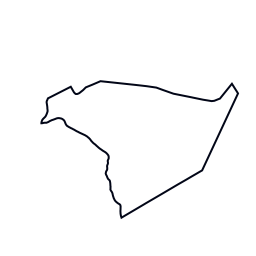 Majzar, Ma'rib, Yemen, rotated 115°
{"feature_id": "15242507B39058401263822", "entity_name": "Majzar", "entity_type": "district", "adm_level": 2, "iso_a3": "YEM", "parent_name": "Yemen", "parent_adm1": "Ma'rib", "projection": "orthographic", "projection_center": [44.889, 15.793], "detail": "fine", "context": "isolated", "style": "outline", "palette": "ink", "viewbox_px": 256, "rotation_deg": 115, "n_neighbors": 0, "source": "geoboundaries", "source_scale": "gbopen_adm2", "svg_char_len": 2990}
<svg xmlns="http://www.w3.org/2000/svg" viewBox="0 0 256 256"><g transform="rotate(115 128 128)"><path d="M138.1,45.0L135.1,42.9L94.9,42.9L93.5,42.9L92.7,42.9L91.4,42.9L91.0,42.9L55.0,42.9L52.3,42.9L50.2,42.9L49.7,43.6L48.6,45.3L48.3,45.8L44.0,52.5L49.6,53.9L62.5,57.1L63.7,58.3L66.9,61.3L68.3,63.6L69.4,67.6L70.6,71.8L73.1,82.3L73.2,82.8L77.7,101.3L78.8,112.5L79.4,119.4L82.2,128.7L84.4,135.3L86.3,140.9L97.2,172.7L103.7,178.5L109.0,183.4L112.6,184.7L117.0,186.9L118.5,188.2L119.0,189.2L119.3,189.9L118.6,191.9L114.8,197.3L135.0,213.1L135.9,213.0L136.9,213.0L137.8,213.0L138.7,212.8L139.5,212.4L140.3,211.8L141.1,211.3L141.8,210.8L142.6,210.3L143.4,209.8L144.1,209.5L144.9,209.0L145.7,208.5L146.7,208.0L147.7,207.8L148.7,207.7L149.8,207.6L150.6,207.6L151.7,207.6L152.6,207.7L153.5,208.0L154.3,208.3L155.1,208.6L156.0,208.9L157.1,209.1L158.3,209.0L159.1,208.9L160.1,208.6L160.3,208.5L160.0,207.9L159.5,207.2L158.9,206.5L158.5,205.8L158.0,204.8L157.6,204.0L156.9,203.4L156.3,202.8L155.7,202.4L154.9,201.9L154.3,201.4L153.6,200.8L153.0,200.3L152.4,199.6L151.8,199.0L151.1,198.3L150.5,197.7L149.5,196.8L148.8,195.9L148.2,194.8L147.9,193.7L147.6,192.4L147.6,191.2L147.9,189.9L148.2,189.0L148.9,188.1L149.5,187.4L149.9,187.0L150.5,186.4L151.0,185.7L151.5,184.9L151.8,184.3L151.8,183.8L152.0,182.8L152.1,181.8L152.1,181.0L152.2,180.1L152.2,179.1L152.2,178.0L152.3,177.1L152.3,176.0L152.4,175.2L152.5,174.2L152.6,173.2L152.6,172.3L152.6,171.2L152.7,170.3L152.7,169.5L152.7,168.5L152.7,167.6L152.7,166.8L152.7,165.8L152.7,164.8L152.7,163.9L152.8,163.0L152.9,162.2L153.0,161.3L153.3,160.5L153.5,159.5L153.8,158.7L154.1,157.9L154.5,157.1L154.9,156.4L155.3,155.7L155.6,154.8L156.0,154.0L156.1,153.6L156.3,153.1L156.5,152.3L156.7,151.3L156.9,150.4L157.2,149.6L157.5,148.7L157.7,147.9L158.0,147.0L158.3,146.0L158.5,145.1L158.7,144.2L158.8,143.3L159.0,142.3L159.2,141.3L159.3,140.3L159.4,139.4L159.5,138.5L159.7,137.5L160.0,136.6L160.3,135.9L160.7,135.0L161.2,134.2L161.8,133.6L162.6,133.2L163.3,132.8L164.2,132.6L165.0,132.6L165.9,132.6L166.7,132.3L167.4,131.8L168.3,131.3L169.1,131.1L170.0,131.1L170.9,131.0L171.7,130.7L172.5,130.2L173.3,129.8L174.1,129.4L175.1,129.3L175.9,129.4L176.9,129.4L177.8,129.2L178.6,129.0L179.3,128.4L179.9,127.7L180.4,127.0L181.1,126.3L181.8,125.5L182.4,124.8L182.8,123.9L183.0,123.1L183.4,122.3L184.0,121.8L184.8,121.2L185.6,120.7L186.3,120.3L187.1,119.9L187.8,119.5L188.6,119.0L189.4,118.7L190.2,118.3L191.1,118.0L191.8,117.3L192.3,116.5L192.7,115.8L193.2,115.1L193.9,114.4L194.7,113.8L195.5,113.2L196.3,112.5L197.0,111.8L197.7,111.2L198.2,110.5L198.8,109.8L199.3,109.0L199.7,108.2L200.0,107.2L200.3,106.1L200.5,105.1L200.6,104.1L200.7,103.2L201.1,102.4L201.7,101.9L202.5,101.4L203.3,101.1L204.2,100.7L205.1,100.3L205.9,100.0L206.8,99.6L207.7,99.1L208.5,98.7L209.3,98.2L210.0,97.7L210.3,97.5L210.7,97.2L210.9,97.0L212.0,96.0L191.3,81.8L188.5,79.9L173.2,69.3L158.2,59.0L150.1,53.3L145.0,49.8L141.0,47.0L138.1,45.0Z" fill="none" stroke="#020617" stroke-width="2"/></g></svg>